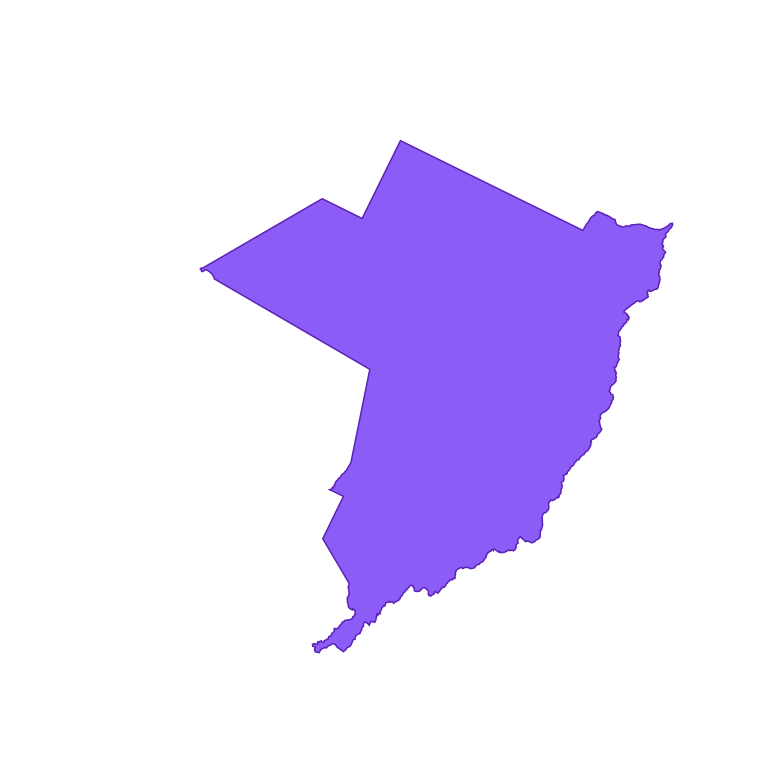 outline of Poman, Catamarca, Argentina, rotated 26°
{"feature_id": "61730980B48511689100190", "entity_name": "Poman", "entity_type": "district", "adm_level": 2, "iso_a3": "ARG", "parent_name": "Argentina", "parent_adm1": "Catamarca", "projection": "natural_earth1", "projection_center": [-66.149, -28.302], "detail": "fine", "context": "isolated", "style": "filled", "palette": "violet", "viewbox_px": 768, "rotation_deg": 26, "n_neighbors": 0, "source": "geoboundaries", "source_scale": "gbopen_adm2", "svg_char_len": 6170}
<svg xmlns="http://www.w3.org/2000/svg" viewBox="0 0 768 768"><g transform="rotate(26 384 384)"><path d="M458.0,606.7L458.1,609.6L452.4,613.7L452.4,614.7L451.4,615.5L450.8,617.3L450.9,618.7L449.9,621.0L450.0,622.5L448.5,625.2L446.8,625.3L446.5,625.9L447.6,628.1L447.5,629.1L446.3,631.3L446.7,633.7L445.1,635.2L445.5,637.4L442.8,641.0L443.1,641.8L442.6,643.0L441.7,643.3L440.4,642.3L439.4,643.1L439.3,644.3L437.7,644.4L437.5,645.1L438.3,646.6L438.0,647.4L435.5,647.6L433.8,649.3L434.9,650.9L437.9,650.6L437.7,652.6L438.4,653.3L438.4,653.9L439.8,654.9L443.6,653.8L443.5,651.0L444.3,649.2L446.0,647.2L448.0,646.4L448.6,644.0L450.3,642.2L450.7,641.1L452.8,639.4L455.1,639.8L457.1,641.0L464.9,642.4L466.2,639.3L466.5,636.6L468.0,635.4L468.6,634.2L468.6,629.3L468.2,628.1L468.7,626.8L469.9,626.3L469.2,624.4L469.2,621.8L471.2,619.4L471.2,618.5L471.7,618.4L471.3,616.8L471.8,615.7L471.1,612.2L471.8,610.6L470.6,608.6L470.7,606.8L472.5,605.9L472.7,606.3L475.0,606.5L475.7,607.2L476.5,607.3L476.4,603.8L476.7,603.0L479.5,602.5L479.5,601.8L480.2,601.6L480.1,599.6L478.5,593.8L479.9,594.5L480.2,592.5L481.0,592.4L481.4,591.9L480.3,591.3L480.5,589.0L480.2,586.5L481.0,583.2L482.1,583.2L481.7,580.4L481.9,579.4L484.0,577.8L484.3,577.0L485.1,577.5L486.9,575.8L488.7,576.9L491.1,572.8L491.8,572.4L492.6,569.6L492.1,568.5L492.9,566.8L493.1,562.6L493.9,561.8L494.0,560.0L494.7,558.7L496.0,553.4L496.7,552.9L499.1,553.0L499.1,553.6L500.5,554.3L502.0,556.5L503.6,556.5L506.2,555.1L507.1,554.1L507.4,552.5L508.5,550.3L509.0,549.7L510.6,549.3L514.7,550.6L516.1,553.8L517.1,554.4L519.0,554.1L519.9,552.1L521.0,551.0L520.9,548.3L524.1,548.3L524.9,545.2L525.3,541.6L526.2,541.3L526.6,540.3L527.2,540.2L527.8,538.1L527.3,537.0L528.3,535.0L528.2,533.8L529.3,532.4L529.1,531.1L529.6,530.5L531.2,530.2L531.3,528.8L532.9,527.8L532.8,526.6L532.0,525.9L531.6,523.3L530.6,521.6L531.0,520.6L530.4,519.6L533.4,515.3L534.3,515.0L535.8,515.4L536.7,513.9L538.1,512.8L540.6,511.9L542.5,512.2L545.8,509.7L546.6,505.8L548.6,504.3L548.8,502.8L550.9,500.1L551.1,496.9L551.7,495.4L551.4,494.5L551.6,493.7L550.9,492.8L551.4,490.8L551.3,489.6L551.9,489.5L552.1,488.7L553.2,487.6L553.5,486.0L554.4,484.9L555.0,485.4L554.8,484.5L555.3,484.0L560.7,484.8L561.2,484.0L561.6,484.4L561.7,484.0L562.7,484.3L563.0,483.9L563.9,484.0L566.1,482.4L568.9,478.6L570.3,478.6L571.0,477.5L573.6,477.1L574.6,474.8L574.2,472.3L573.3,471.0L573.5,469.7L574.3,468.2L572.5,466.0L573.2,461.5L580.5,463.6L581.5,462.4L584.2,461.9L586.4,462.1L588.5,459.7L589.0,457.7L590.1,456.6L591.4,454.0L591.4,453.2L590.8,453.1L590.9,451.9L588.8,447.1L589.4,446.1L588.5,441.6L584.2,433.6L584.0,431.8L584.2,430.1L585.8,428.5L586.9,424.7L585.8,421.6L584.8,420.5L584.2,419.1L584.6,416.2L584.4,415.5L586.4,414.9L587.5,413.9L589.3,410.5L589.5,409.3L590.7,409.6L590.6,407.8L590.1,406.5L590.9,405.0L589.1,400.4L589.6,399.5L588.8,398.0L589.0,397.4L586.7,395.0L586.7,394.2L587.9,392.5L587.5,390.6L586.4,389.2L586.3,388.5L585.4,387.8L587.9,384.2L587.4,382.9L588.5,378.7L588.2,377.1L589.9,373.9L589.9,370.9L590.5,369.9L590.5,368.1L592.4,366.5L592.2,365.2L593.2,361.4L594.5,359.9L595.0,356.7L596.5,354.1L596.8,350.9L596.5,350.5L596.7,349.3L596.4,348.5L596.7,348.1L595.9,347.2L595.9,345.1L595.2,345.0L594.7,344.2L595.3,342.4L596.7,341.4L597.0,340.0L598.2,338.9L598.3,337.1L598.0,335.7L599.3,332.2L599.5,330.0L599.3,328.9L598.3,328.7L596.9,326.9L596.3,327.0L595.9,325.8L594.2,323.9L594.3,323.2L593.5,322.6L593.4,321.6L593.8,319.9L592.4,318.4L592.1,317.2L592.7,314.5L595.0,311.5L596.7,307.4L596.7,300.6L595.8,299.6L596.6,298.0L596.6,296.9L595.9,296.0L596.0,295.3L594.3,293.4L592.6,293.7L591.2,292.4L589.6,292.0L589.7,290.0L588.9,288.2L589.0,286.2L590.8,281.9L591.2,279.4L590.1,277.7L590.1,276.3L588.4,274.7L588.0,273.7L588.4,272.9L586.9,271.3L586.7,271.9L585.9,271.4L585.1,269.4L583.6,268.4L584.7,267.3L585.1,266.2L584.3,262.7L584.7,262.1L584.3,261.4L584.8,258.8L582.8,257.6L582.8,256.7L581.9,255.8L581.8,253.6L580.5,252.1L580.1,249.6L579.5,248.8L579.8,246.1L579.2,244.9L578.3,244.2L577.9,241.6L577.2,241.2L575.7,238.3L573.0,237.8L572.9,236.5L571.9,234.0L572.6,232.1L573.0,228.2L573.8,226.5L573.2,225.1L574.2,224.1L574.9,221.6L574.1,220.3L574.6,219.0L575.5,219.2L575.3,217.0L574.3,216.0L573.6,216.2L572.3,214.7L572.0,215.1L571.2,214.5L568.0,214.1L568.1,212.2L572.1,203.8L573.6,201.5L573.7,200.3L575.9,197.9L576.6,197.6L577.4,198.1L578.4,197.7L580.6,194.7L581.4,192.6L582.4,191.6L583.3,189.7L581.8,188.5L582.0,187.9L580.6,186.5L580.3,185.5L580.5,183.7L581.0,183.5L582.1,184.3L583.5,183.5L586.0,180.2L587.9,178.7L588.0,177.1L587.0,172.7L587.1,172.0L586.5,171.3L586.6,169.5L584.0,165.8L582.5,165.4L582.5,162.6L581.2,161.2L581.9,160.1L581.1,155.9L580.0,155.5L579.0,154.1L578.5,152.0L579.2,150.5L579.2,148.5L579.8,147.5L579.4,147.1L578.9,144.7L579.3,142.2L574.9,140.3L574.7,139.7L575.1,138.1L574.8,137.6L573.8,137.3L573.5,136.6L572.5,136.6L572.2,136.1L572.5,134.2L571.9,133.3L571.6,131.2L572.6,129.4L572.7,127.5L571.6,126.5L571.2,125.4L572.6,122.0L572.6,119.5L573.7,117.4L573.6,114.2L572.8,113.1L570.9,114.5L570.2,116.7L567.6,121.0L563.8,125.0L562.7,124.8L559.9,126.4L558.4,126.3L557.3,126.8L553.3,127.3L550.7,127.1L544.0,128.1L536.0,133.0L536.0,134.4L532.4,135.6L530.4,138.1L524.9,138.8L523.2,138.6L521.5,137.3L519.5,134.9L517.5,135.4L512.7,134.6L511.0,134.9L510.5,134.5L508.1,135.3L507.2,134.7L500.2,135.4L499.3,137.5L499.2,140.1L497.8,141.6L496.8,144.5L496.7,149.0L496.0,151.1L495.4,158.8L292.1,158.1L291.8,244.8L247.2,244.6L170.2,359.3L168.6,360.3L168.5,361.2L169.4,361.1L170.6,362.7L171.8,362.4L173.0,360.1L174.3,359.2L177.6,359.5L181.3,360.6L184.5,362.7L185.4,363.9L364.8,377.0L388.7,469.0L388.0,478.4L387.4,479.5L387.2,481.3L385.7,484.2L385.8,486.1L385.2,488.0L384.4,488.9L384.3,490.6L383.5,493.0L383.9,496.0L383.5,496.4L384.2,497.4L383.1,499.3L383.7,499.8L383.0,500.3L382.9,501.6L381.4,502.8L396.8,502.7L396.8,549.9L439.7,578.2L440.4,579.4L440.8,582.0L441.5,583.3L442.8,584.4L443.4,586.2L444.3,586.7L445.1,590.4L444.7,591.7L444.9,592.8L446.2,594.8L446.6,596.0L448.6,597.9L449.4,599.6L451.6,600.8L454.6,600.9L454.6,599.5L456.2,600.0L456.8,600.8L457.7,600.8L458.3,601.4L458.9,605.0L458.9,605.8L458.0,606.7Z" fill="#8b5cf6" stroke="#5b21b6" stroke-width="1.5"/></g></svg>